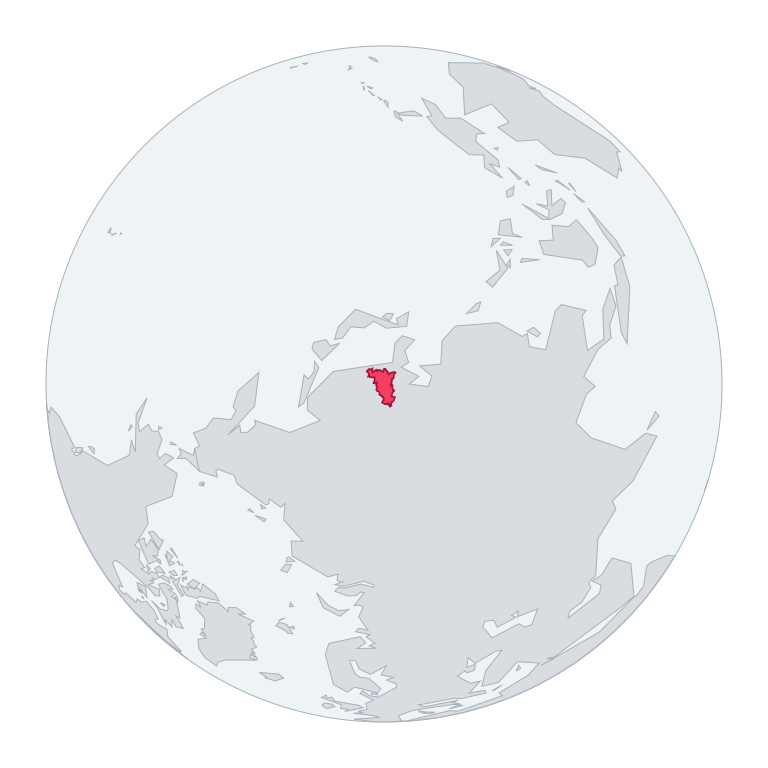 Jilin highlighted on a globe, orthographic projection, rotated 216°
{"feature_id": "CHN-1828", "entity_name": "Jilin", "entity_type": "Province", "adm_level": 1, "iso_a3": "CHN", "parent_name": "China", "parent_adm1": "", "projection": "orthographic", "projection_center": [126.245, 43.576], "detail": "fine", "context": "on_globe", "style": "filled", "palette": "rose", "viewbox_px": 768, "rotation_deg": 216, "n_neighbors": 0, "source": "natural_earth", "source_scale": "10m", "svg_char_len": 17330}
<svg xmlns="http://www.w3.org/2000/svg" viewBox="0 0 768 768"><g transform="rotate(216 384 384)"><circle cx="384" cy="384" r="338" fill="#eef3f6" stroke="#a8b0b8"/><path d="M645.9,584.1L645.6,585.3L645.2,585.8L645.9,584.1ZM634.9,157.6L635.2,159.1L638.2,161.3L646.3,171.0L642.1,165.9L637.6,163.5L639.8,169.6L627.1,166.7L596.9,150.8L598.5,147.4L591.1,144.7L588.6,149.1L588.8,152.9L559.9,155.4L548.1,176.8L555.6,190.4L545.2,182.7L566.8,214.1L567.6,233.6L559.9,207.5L553.8,202.0L550.9,212.7L544.0,209.5L538.7,213.1L530.8,208.5L526.8,194.5L521.6,191.6L519.9,199.5L510.8,200.5L514.2,189.2L498.7,190.0L489.3,168.6L504.7,145.0L492.7,132.3L490.6,106.8L484.0,106.6L479.1,98.0L469.6,94.8L471.9,91.7L462.4,92.0L462.1,95.5L457.8,97.0L452.2,95.8L454.1,91.3L457.2,91.3L454.9,89.4L458.3,87.8L453.4,87.9L456.5,83.1L445.2,86.0L440.7,80.8L445.0,78.2L455.3,80.8L490.7,83.9L498.2,83.5L498.4,79.5L476.2,66.1L480.0,65.2L477.3,62.2L470.3,61.1L469.9,63.3L456.2,61.4L457.3,65.0L451.9,65.1L448.7,68.6L437.7,65.8L428.6,61.3L430.7,58.5L426.7,56.8L415.4,58.0L410.2,52.4L391.1,48.6L391.0,47.8L407.6,47.7L431.3,50.4L453.0,53.3L427.2,49.4L427.5,48.9L424.9,48.6L448.8,52.4L472.4,57.8L495.4,65.0L517.9,73.8L539.8,84.1L560.8,96.0L580.9,109.4L600.1,124.2L618.1,140.3L634.9,157.6ZM414.6,47.5L411.1,47.2L409.5,47.0L414.6,47.5ZM696.8,350.2L693.9,345.0L696.6,344.3L696.8,350.2ZM691.5,344.6L692.7,345.8L691.6,345.3L691.5,344.6ZM690.3,346.1L691.2,345.0L690.5,346.9L690.3,346.1ZM689.0,348.9L689.6,347.1L689.6,347.6L689.0,348.9ZM685.9,351.3L685.0,351.7L685.3,349.5L685.9,351.3ZM590.0,155.3L589.3,149.7L594.0,147.2L595.5,152.1L590.0,155.3ZM580.0,161.2L577.7,157.2L586.2,159.5L584.9,161.1L580.0,161.2ZM562.5,201.3L563.2,195.5L564.8,202.4L562.5,201.3ZM539.4,214.5L541.3,217.3L537.7,218.0L539.4,214.5ZM455.0,70.1L452.0,69.3L454.1,69.0L455.0,70.1ZM456.5,72.5L461.3,72.7L462.7,73.9L459.8,73.7L456.5,72.5ZM522.3,211.9L515.8,212.7L521.7,209.4L522.3,211.9ZM450.4,72.1L464.6,76.0L467.0,78.3L457.8,79.8L450.4,72.1ZM511.7,211.5L496.2,214.2L499.3,220.4L481.8,204.9L500.8,207.3L507.5,202.2L507.1,208.0L511.7,211.5ZM464.4,97.3L464.5,93.5L469.6,98.0L464.4,97.3ZM468.7,99.9L490.6,113.0L487.7,118.5L481.0,112.7L481.4,121.4L469.2,117.5L466.2,111.9L470.5,109.0L462.6,109.9L468.7,99.9ZM474.7,196.3L470.4,195.2L474.1,193.8L474.7,196.3ZM456.5,98.0L461.1,99.9L459.0,104.7L449.2,101.8L453.0,101.1L456.5,98.0ZM487.5,125.8L484.1,129.2L473.3,126.9L470.6,128.0L468.7,117.9L487.5,125.8ZM450.7,99.4L444.3,100.3L440.2,97.0L451.7,96.5L450.7,99.4ZM462.5,107.3L461.0,109.6L458.7,107.3L462.5,107.3ZM422.2,86.6L427.8,88.2L427.2,90.8L422.2,86.6ZM442.2,100.9L443.6,102.0L444.0,103.4L439.1,103.3L442.2,100.9ZM461.2,117.3L457.4,115.8L461.4,121.2L453.5,120.1L453.7,113.8L450.3,116.1L447.9,115.8L450.7,111.0L461.2,117.3ZM435.2,107.5L432.7,99.7L422.3,95.7L422.6,93.2L439.2,100.1L435.2,107.5ZM444.1,109.9L438.6,107.7L441.8,105.4L447.4,105.5L444.1,109.9ZM448.1,121.8L460.2,125.1L459.7,126.4L448.1,121.8ZM431.6,106.7L432.3,108.6L430.5,106.6L431.6,106.7ZM442.3,117.5L446.7,118.4L446.0,119.9L442.3,117.5ZM430.0,111.9L429.2,109.3L433.0,109.1L430.0,111.9ZM435.2,114.8L433.3,116.7L434.9,110.7L437.2,115.0L435.2,114.8ZM441.0,118.8L442.1,119.9L439.3,118.2L441.0,118.8ZM416.1,114.4L417.2,106.9L425.6,106.4L423.4,113.7L416.1,114.4ZM181.0,113.9L180.8,114.0L167.6,124.7L144.1,152.2L139.4,157.9L131.4,163.3L105.1,201.3L109.4,201.6L96.3,232.9L94.5,249.4L112.9,237.6L116.0,209.9L127.1,196.9L133.2,211.9L132.1,237.8L136.5,233.7L146.1,211.4L155.0,212.1L150.5,203.5L145.5,210.8L142.6,206.0L146.9,199.1L149.9,199.4L152.8,190.8L137.9,192.8L131.3,200.5L133.4,183.9L122.5,195.5L119.8,194.1L137.2,174.3L142.4,171.1L167.1,144.9L161.7,146.5L138.1,171.8L141.4,166.4L134.0,170.1L142.2,163.1L169.4,136.3L177.3,123.8L171.6,121.8L179.5,115.0L193.3,105.0L211.3,95.2L191.6,111.6L197.7,109.5L215.2,99.6L207.7,105.8L212.5,104.1L206.3,110.7L211.0,115.1L206.8,121.9L221.5,119.6L221.4,123.1L212.7,123.2L204.5,127.4L195.6,146.2L197.7,148.6L207.9,146.0L204.2,152.0L215.3,147.1L216.5,157.5L224.3,141.1L236.6,138.8L244.3,143.5L249.8,140.1L237.2,132.7L230.9,132.6L223.2,137.0L207.3,135.6L207.6,130.2L229.6,121.5L232.4,113.3L248.2,111.1L272.5,130.6L276.1,141.7L254.9,165.4L246.6,163.9L250.2,154.3L235.1,165.6L242.0,163.5L238.9,168.9L249.8,169.0L248.2,172.9L261.5,166.8L260.7,171.6L252.2,175.4L267.7,180.9L269.5,191.2L273.8,190.7L277.9,187.2L277.4,203.3L280.6,202.2L282.0,196.5L289.3,190.9L302.0,187.5L301.1,193.2L296.4,195.2L285.2,208.5L272.9,213.5L273.8,215.6L284.3,212.7L298.0,196.4L305.8,192.8L300.5,200.8L303.1,197.6L306.7,197.7L309.5,203.3L315.9,194.9L357.2,190.9L366.7,202.3L357.3,209.2L385.2,215.1L393.8,229.2L395.0,223.6L409.3,223.7L406.8,219.2L408.5,216.7L443.9,216.9L451.6,222.1L468.3,217.5L468.9,214.9L464.2,210.7L481.8,204.9L499.3,220.4L496.9,225.5L509.4,232.4L502.2,243.4L502.0,256.2L486.8,265.3L488.0,275.3L492.8,277.0L498.0,292.5L492.0,319.9L475.7,290.1L480.4,251.1L476.6,265.9L471.2,260.6L465.9,265.0L463.8,276.1L467.5,278.5L431.8,289.3L414.1,317.0L430.7,317.9L438.0,328.2L432.4,364.4L389.8,406.5L399.2,423.7L397.7,433.7L385.2,437.9L386.9,423.3L376.9,416.1L379.8,407.7L360.2,410.8L363.5,398.9L346.6,407.9L349.8,418.6L365.8,419.6L349.8,433.5L362.3,453.0L360.3,472.8L328.0,500.5L300.1,503.7L297.7,509.1L288.4,499.6L273.3,506.8L288.4,543.9L287.0,552.6L263.8,562.3L263.8,555.8L239.1,530.6L232.5,549.5L251.0,573.4L257.4,594.4L242.1,583.3L236.0,564.2L227.3,554.7L231.2,538.0L226.9,507.5L211.6,506.1L214.3,495.3L206.0,465.6L185.0,462.1L150.5,472.8L143.3,498.0L132.6,502.3L125.6,452.2L130.6,423.5L122.9,419.2L120.0,384.5L100.1,353.4L101.9,344.0L97.1,340.9L95.8,323.8L100.3,309.3L97.4,302.7L86.6,341.4L90.3,348.8L99.8,346.9L95.6,358.2L97.4,377.2L78.9,384.0L56.9,359.1L62.5,338.2L85.9,263.1L89.5,259.4L90.0,258.8L90.7,257.5L84.9,262.0L91.6,248.7L70.7,294.6L63.8,310.6L56.5,359.5L55.3,359.9L55.2,373.0L64.6,391.4L62.9,397.3L53.8,412.3L47.6,415.7L46.2,391.1L46.5,366.5L48.7,342.0L52.7,317.7L58.4,293.7L65.8,270.2L74.9,247.4L85.7,225.2L98.0,203.9L111.9,183.6L127.2,164.3L143.9,146.2L161.8,129.4L181.0,113.9ZM123.0,276.1L127.5,292.3L139.2,274.3L142.0,279.3L144.9,271.7L140.1,273.0L149.4,253.7L156.3,257.5L162.8,251.4L161.5,245.8L147.4,242.1L133.9,269.3L127.1,270.2L123.0,276.1ZM422.1,48.2L426.0,48.7L424.0,48.5L417.4,47.7L420.4,48.0L422.1,48.2ZM384.1,46.3L381.2,46.1L385.9,46.2L390.6,46.2L406.4,47.0L391.7,47.6L395.6,46.9L384.1,46.3ZM423.3,49.2L415.0,48.0L424.7,49.3L423.3,49.2ZM244.6,90.9L238.2,94.3L234.1,94.1L239.5,87.6L245.5,87.6L244.6,90.9ZM230.0,99.4L250.3,93.7L247.8,98.3L245.8,96.5L242.0,100.1L237.8,98.4L215.5,109.2L210.5,109.8L223.2,96.1L221.8,99.9L228.2,96.0L230.0,99.4ZM306.7,77.9L315.4,77.3L298.6,87.5L292.4,87.0L297.3,79.9L307.6,76.4L306.7,77.9ZM431.4,74.8L435.9,75.2L435.3,76.2L431.1,76.7L431.4,74.8ZM424.9,87.1L411.4,74.6L415.8,74.2L402.7,68.3L409.2,65.2L417.5,69.0L412.7,62.7L422.8,64.9L418.2,60.9L436.0,69.8L444.9,72.1L432.5,70.5L426.3,73.1L426.2,74.9L432.8,82.2L448.9,89.3L445.3,93.7L438.5,94.9L434.0,93.9L437.8,91.2L429.2,91.7L431.2,87.2L424.9,87.1ZM360.8,116.4L366.9,112.1L350.1,115.6L352.0,109.7L349.9,110.5L347.1,106.2L340.0,102.7L342.5,100.2L338.7,99.9L336.7,97.4L332.3,96.3L335.2,91.7L330.0,90.1L334.3,88.9L324.7,87.6L333.1,86.6L331.4,83.7L324.1,86.2L350.2,67.4L354.6,61.5L353.7,57.6L368.3,57.3L378.4,61.3L384.5,68.0L378.2,74.2L385.9,73.4L385.2,76.3L379.4,75.7L387.9,78.4L385.7,80.7L391.1,88.9L404.7,92.1L407.0,95.6L400.6,95.5L407.4,99.0L396.9,101.4L398.3,104.1L389.3,109.5L376.1,108.4L378.7,111.5L372.0,116.3L360.8,116.4ZM413.2,115.7L397.0,115.0L390.1,111.6L408.6,103.7L408.8,101.0L420.4,96.6L430.2,101.8L425.9,102.4L424.1,104.4L421.8,102.0L422.3,105.4L416.5,106.6L415.3,109.7L410.4,108.5L413.2,115.7ZM140.5,159.3L138.1,162.9L135.7,167.8L131.0,170.5L140.5,159.3ZM158.8,140.7L157.6,143.1L149.7,148.6L152.3,145.1L158.8,140.7ZM163.6,140.1L158.1,142.8L162.6,139.2L163.6,140.1ZM212.2,125.5L211.7,128.2L209.0,129.4L206.3,129.0L212.2,125.5ZM311.1,128.2L315.8,125.6L317.2,126.6L329.4,125.0L328.9,129.6L321.4,132.4L311.1,128.2ZM109.6,235.7L106.2,234.2L108.2,230.0L109.0,231.3L109.6,235.7ZM116.1,200.0L111.5,210.2L114.9,200.7L116.1,200.0ZM312.7,133.0L317.7,131.7L314.3,134.9L312.7,133.0ZM329.2,133.0L326.3,136.7L330.2,130.0L329.2,133.0ZM62.3,487.5L61.9,486.1L65.5,497.0L62.3,487.5ZM341.8,652.5L352.3,654.8L352.0,655.7L341.8,652.5ZM330.8,647.5L342.6,649.5L328.9,649.3L330.8,647.5ZM347.2,650.3L359.3,649.8L364.5,648.7L363.7,650.7L347.2,650.3ZM322.8,646.2L280.7,636.6L264.4,629.3L268.0,626.6L294.3,634.6L322.8,646.2ZM266.7,626.1L242.2,607.1L211.0,559.5L222.1,565.0L255.2,598.9L253.0,601.7L267.8,615.5L266.7,626.1ZM327.2,619.9L324.9,629.9L301.4,624.3L290.9,620.1L283.6,604.6L287.6,598.5L296.2,600.9L330.9,582.8L342.6,591.1L331.6,599.9L341.4,611.2L327.2,619.9ZM144.1,501.4L148.2,521.1L142.7,519.8L144.1,501.4ZM346.1,566.7L331.3,575.9L345.2,562.5L346.1,566.7ZM355.0,552.8L355.3,559.1L350.1,552.3L355.0,552.8ZM296.3,517.8L287.2,516.8L287.5,512.3L299.4,510.8L296.3,517.8ZM358.7,489.3L356.5,503.1L354.0,507.4L350.9,498.5L358.7,489.3ZM315.8,175.5L299.4,172.1L287.3,173.9L280.0,180.8L283.3,170.0L301.9,167.3L315.8,175.5ZM352.1,188.1L358.4,182.7L360.4,186.5L359.3,188.3L352.1,188.1ZM352.6,183.8L351.4,174.6L358.1,172.6L357.7,180.2L352.6,183.8ZM331.3,152.3L326.5,150.8L329.4,148.2L331.3,152.3ZM467.0,711.5L465.3,711.1L479.9,707.5L474.9,709.4L467.0,711.5ZM586.4,654.6L587.0,654.1L586.4,654.6ZM409.5,709.7L344.5,713.3L329.6,710.6L332.2,708.3L316.2,695.6L320.9,696.7L316.4,687.7L354.1,684.8L380.8,670.0L403.2,671.9L419.3,658.5L442.8,658.6L436.5,669.4L461.7,673.8L477.0,649.1L494.1,670.4L513.5,673.3L520.8,681.9L492.1,702.1L474.1,708.1L469.9,708.4L462.6,710.7L450.2,712.5L441.8,710.3L434.7,712.3L440.9,708.6L430.9,712.3L423.8,710.2L409.5,709.7ZM578.4,641.0L582.3,639.7L588.8,639.5L582.6,642.1L578.4,641.0ZM636.1,595.7L638.1,595.6L634.0,599.2L636.1,595.7ZM645.2,585.8L640.4,590.4L645.9,584.1L645.2,585.8ZM597.1,620.2L599.2,620.4L597.6,621.7L597.1,620.2ZM595.5,620.5L597.6,617.3L597.5,619.6L595.5,620.5ZM576.5,616.3L578.7,614.1L579.8,614.7L576.5,616.3ZM367.8,656.5L382.3,650.3L390.4,650.1L367.8,656.5ZM573.1,614.9L567.4,616.7L567.9,615.1L573.1,614.9ZM573.3,611.5L572.6,609.7L576.4,613.0L573.3,611.5ZM562.2,610.9L569.3,612.1L561.4,611.6L562.2,610.9ZM558.1,612.7L553.0,612.7L553.3,611.9L558.1,612.7ZM502.8,629.0L521.5,637.4L506.8,640.2L490.3,635.4L478.1,644.2L449.9,645.7L456.1,640.8L452.1,634.1L423.5,632.3L417.8,627.5L427.8,624.3L409.2,620.3L429.5,618.1L438.0,627.9L449.6,619.7L470.0,620.1L490.1,621.1L506.6,625.6L502.8,629.0ZM430.0,639.6L433.5,639.5L430.5,642.4L430.0,639.6ZM543.4,610.3L550.7,612.8L549.9,614.1L546.4,614.4L543.4,610.3ZM510.4,623.3L528.0,611.8L532.2,611.0L520.6,622.5L510.4,623.3ZM523.5,607.6L531.9,606.9L536.4,610.3L534.7,611.9L523.5,607.6ZM388.4,629.9L387.7,632.6L382.5,630.1L388.4,629.9ZM395.1,628.7L411.0,632.1L393.7,630.9L395.1,628.7ZM348.3,614.6L352.7,621.9L366.9,619.3L356.1,624.1L365.9,635.8L362.8,639.4L353.0,626.9L349.9,638.2L343.7,637.2L340.1,626.6L346.2,614.8L352.4,610.3L378.1,610.8L348.3,614.6ZM394.9,620.6L390.8,612.5L393.9,607.4L398.4,611.8L394.9,620.6ZM379.0,592.0L368.6,581.2L358.7,583.8L379.2,572.0L385.7,584.5L379.0,592.0ZM370.9,569.3L361.5,571.8L371.5,564.6L370.9,569.3ZM359.4,568.1L358.9,560.8L366.0,562.7L359.4,568.1ZM375.6,570.2L378.1,558.2L381.3,565.7L375.6,570.2ZM357.0,544.2L371.5,558.1L351.9,550.4L353.1,526.2L361.6,526.8L357.0,544.2ZM417.5,446.4L416.6,438.6L424.8,437.3L423.1,443.0L417.5,446.4ZM450.9,427.9L426.7,434.5L407.2,440.2L412.4,444.2L406.4,456.8L399.6,444.0L414.6,430.7L429.1,428.8L432.9,417.8L444.5,410.7L444.5,396.8L450.2,390.9L454.6,403.2L450.9,427.9ZM443.9,390.9L448.1,366.3L462.9,370.1L465.3,376.3L457.2,385.8L449.8,383.2L443.9,390.9ZM453.5,361.6L446.4,359.0L437.8,321.9L439.6,315.2L454.0,344.4L448.2,343.7L447.7,352.5L453.5,361.6ZM470.8,198.3L470.4,195.5L473.5,198.0L470.8,198.3ZM406.8,214.2L409.6,211.2L413.1,213.8L406.8,214.2ZM419.3,204.4L413.4,203.4L420.1,202.0L419.3,204.4ZM400.0,202.0L411.2,201.9L400.0,205.5L400.0,202.0Z" fill="#d9dde1" stroke="#a8b0b8" stroke-width="1"/><path d="M405.4,384.0L405.5,384.1L405.6,384.5L405.4,384.7L405.4,385.2L405.1,385.6L405.3,385.9L405.2,386.1L404.8,386.6L404.8,386.8L405.0,387.3L404.8,387.4L404.6,387.4L404.5,387.7L403.9,387.7L403.5,387.7L403.4,387.9L403.0,387.9L402.8,388.0L402.0,388.5L401.9,388.7L402.0,388.8L402.4,388.8L402.8,389.1L402.8,389.4L402.6,389.7L402.5,389.3L402.5,389.2L402.3,389.4L402.3,389.5L402.2,389.5L402.1,389.3L401.7,389.0L401.4,388.7L401.3,387.8L401.2,387.6L400.8,387.6L400.6,387.5L400.8,387.2L400.7,387.1L400.2,387.3L399.9,387.0L399.7,387.1L399.8,387.2L399.6,387.3L399.5,387.5L399.2,388.6L399.2,388.8L399.3,389.0L399.2,389.3L399.3,389.4L399.2,389.5L399.1,390.2L399.0,390.4L398.6,390.4L398.5,390.6L398.4,390.6L398.4,390.8L397.9,390.4L397.7,390.5L397.5,390.4L397.5,390.6L397.4,390.5L397.3,390.8L397.0,390.9L397.0,391.2L396.9,391.2L397.0,391.3L396.8,391.6L396.9,391.8L396.6,392.2L396.4,392.2L396.3,392.3L396.2,392.5L395.9,392.6L395.8,392.9L395.6,393.0L394.8,392.9L394.8,393.0L394.3,393.0L394.2,393.1L393.9,393.2L393.3,393.0L392.8,393.0L391.8,393.2L391.8,393.4L391.9,394.0L392.1,394.1L392.4,394.9L392.8,395.2L393.1,395.6L393.0,395.9L392.6,396.7L392.4,396.9L392.2,396.9L392.3,396.8L392.2,396.7L392.0,396.8L392.0,396.6L391.8,396.7L391.8,396.3L391.6,396.5L391.5,396.3L391.2,396.4L391.1,396.6L390.9,396.5L390.3,396.5L390.2,396.6L389.8,396.4L389.7,396.2L389.7,396.3L389.4,396.2L389.2,396.3L389.0,396.2L388.7,396.2L388.4,396.1L388.2,395.9L388.1,396.1L387.9,396.1L387.9,395.8L388.1,395.7L387.8,395.6L387.6,395.4L387.5,395.2L387.5,394.9L387.2,394.7L386.8,394.6L386.7,394.8L386.4,395.1L386.1,394.8L385.9,394.8L386.1,395.1L385.9,395.3L385.6,395.3L385.4,395.6L385.5,395.9L385.1,396.6L385.2,397.1L384.9,397.1L384.3,398.0L384.1,398.3L383.5,398.7L383.5,398.9L383.4,399.1L383.2,399.2L383.1,399.5L382.9,399.6L383.0,399.7L382.9,399.8L382.6,399.9L382.4,399.8L382.1,400.0L381.8,399.9L381.8,400.0L381.6,400.0L381.5,399.8L381.1,399.8L381.0,399.7L381.5,399.2L381.7,398.7L381.9,398.3L381.8,398.1L381.8,397.8L381.4,397.5L381.3,397.2L381.0,396.8L380.6,395.7L380.5,395.2L380.2,395.2L379.9,395.2L380.0,394.8L379.8,394.3L379.9,393.8L379.8,393.5L380.1,393.4L380.2,393.1L380.6,392.7L380.7,392.4L380.3,392.2L379.9,392.3L379.8,391.9L379.8,391.5L379.3,391.3L379.3,391.1L379.5,391.0L379.5,390.9L379.0,390.3L379.0,389.8L378.8,389.6L378.6,389.4L378.4,389.3L378.5,389.0L378.5,388.6L378.4,388.5L378.1,388.5L378.0,388.2L378.1,386.7L377.6,386.7L377.3,387.0L377.2,387.3L377.0,387.6L376.4,388.2L376.2,388.0L376.0,387.8L376.2,387.6L375.9,387.3L376.1,386.8L375.6,386.4L375.6,386.0L375.5,385.9L375.3,385.8L375.0,385.8L374.8,385.5L374.4,385.5L373.5,384.5L373.3,384.5L373.1,384.8L373.0,385.1L372.7,385.1L372.5,384.9L372.2,384.8L372.1,384.6L371.7,384.5L371.6,384.3L371.6,384.0L371.9,383.8L371.9,383.5L372.3,383.7L372.4,383.2L372.2,382.7L372.0,381.9L371.7,381.3L371.6,381.0L371.6,380.9L371.8,380.7L371.8,380.4L371.7,380.3L371.4,380.0L371.1,379.1L370.8,378.9L370.9,378.3L370.8,378.1L370.5,378.2L370.2,378.6L369.6,378.9L369.2,379.2L368.8,379.3L368.6,379.4L367.7,379.8L367.4,379.9L367.2,379.8L367.2,379.6L367.3,379.0L367.3,378.5L366.6,377.4L366.4,376.9L366.4,376.5L366.4,376.0L366.4,375.5L366.4,374.6L366.5,374.3L367.0,374.1L367.3,373.9L367.4,373.6L367.3,373.3L367.3,373.1L367.0,372.5L366.5,372.3L366.4,372.0L366.3,371.8L366.4,371.4L366.3,371.1L366.0,371.0L365.5,371.1L365.2,370.9L365.1,370.7L365.4,370.5L365.8,369.8L365.8,369.5L365.7,369.2L365.8,369.1L366.2,369.2L366.7,369.4L366.8,369.7L367.4,370.2L367.5,370.4L367.8,370.3L368.1,369.9L368.2,369.7L368.3,369.7L368.5,369.9L368.6,370.5L369.2,371.0L369.4,371.1L369.7,370.7L369.7,370.2L369.9,369.9L369.8,369.6L369.9,368.9L371.1,368.8L371.4,368.2L371.7,367.9L372.2,368.1L373.9,368.0L374.3,367.9L374.5,368.0L374.7,367.9L374.7,368.3L374.8,368.6L374.9,369.3L375.0,369.4L374.9,369.5L374.7,369.7L374.7,369.9L375.0,370.3L374.9,370.6L375.0,370.7L374.8,370.9L375.1,371.1L375.2,371.3L375.3,371.5L375.3,371.8L375.7,371.8L375.8,372.0L375.9,372.3L376.2,372.3L376.2,372.6L376.3,372.8L376.6,372.8L376.8,373.0L377.0,373.1L377.2,372.8L377.3,372.9L377.7,372.9L377.9,372.8L378.3,372.9L378.3,372.7L378.5,372.4L378.7,372.6L379.0,372.7L379.0,372.9L379.2,373.1L379.2,373.3L379.8,373.1L380.0,373.2L380.4,373.2L380.5,373.2L380.6,372.8L380.7,372.7L381.0,372.8L381.4,372.6L381.7,372.6L381.8,373.2L381.8,373.5L381.9,373.8L382.2,374.1L382.6,374.4L383.6,374.8L384.0,374.7L384.7,374.3L385.3,374.1L385.6,374.2L385.8,374.4L386.1,374.6L386.3,374.7L386.7,374.7L386.9,374.8L387.1,375.3L387.3,375.5L387.5,376.0L387.4,376.2L387.2,376.4L387.1,376.6L387.3,377.2L387.4,378.0L387.5,378.0L387.8,377.6L388.0,377.6L388.1,377.8L388.7,377.6L389.5,378.1L389.6,378.3L389.3,378.4L389.4,378.7L389.3,379.0L389.8,379.8L389.8,380.2L390.0,380.4L390.2,380.5L390.3,380.9L390.5,381.0L390.8,381.1L391.6,380.8L391.7,380.5L391.6,380.0L391.7,379.7L391.6,379.3L392.0,379.4L392.3,378.8L392.7,378.5L392.9,378.4L393.1,378.7L393.2,379.0L393.3,379.3L393.3,380.1L393.3,380.5L393.6,380.8L393.7,381.2L394.1,381.9L394.4,382.1L394.6,382.5L394.7,383.1L395.0,383.3L395.3,383.9L395.6,383.9L395.8,384.0L396.7,383.6L396.8,383.5L396.7,383.2L396.7,382.8L396.8,382.5L397.3,382.4L397.7,382.1L399.0,381.9L399.1,381.4L399.5,381.0L399.9,381.2L400.1,382.0L400.4,382.0L400.7,381.6L401.1,381.4L401.3,380.8L401.4,381.0L401.3,381.5L401.5,381.9L401.6,382.3L401.8,382.6L401.7,383.0L402.7,383.3L403.5,383.8L403.7,384.3L403.9,384.2L404.3,383.8L404.5,383.9L404.9,384.2L405.4,384.0Z" fill="#f43f5e" stroke="#9f1239" stroke-width="1.5"/></g></svg>